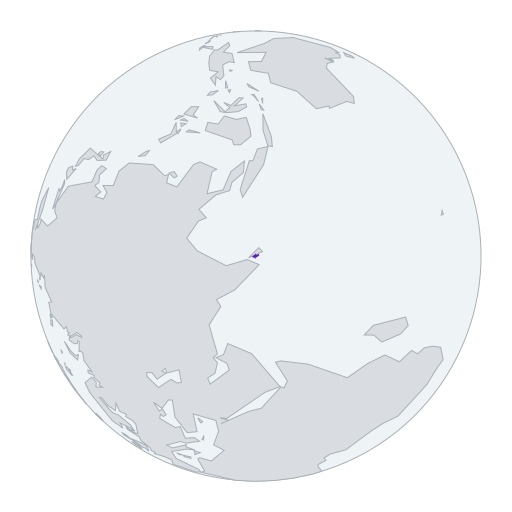 globe centered on Puttalama, rotated 249°
{"feature_id": "LKA-2462", "entity_name": "Puttalama", "entity_type": "District", "adm_level": 1, "iso_a3": "LKA", "parent_name": "Sri Lanka", "parent_adm1": "", "projection": "orthographic", "projection_center": [79.891, 7.922], "detail": "fine", "context": "on_globe", "style": "filled", "palette": "violet", "viewbox_px": 512, "rotation_deg": 249, "n_neighbors": 0, "source": "natural_earth", "source_scale": "10m", "svg_char_len": 9172}
<svg xmlns="http://www.w3.org/2000/svg" viewBox="0 0 512 512"><g transform="rotate(249 256 256)"><circle cx="256" cy="256" r="225" fill="#eef3f6" stroke="#a8b0b8"/><path d="M348.3,50.5L345.4,49.5L349.8,51.5L335.6,45.8L343.0,48.2L342.5,48.0L345.0,49.1L345.3,49.2L345.9,49.4L348.3,50.5ZM328.3,43.2L326.1,42.6L326.6,42.5L328.3,43.2ZM54.1,156.1L73.7,127.4L73.6,131.0L87.3,128.9L88.0,131.0L80.6,140.9L86.1,156.6L94.9,148.7L105.8,158.3L116.8,159.6L131.1,140.8L113.1,138.0L115.8,128.4L134.8,122.6L151.4,126.3L153.0,122.7L147.4,113.5L156.2,108.1L146.0,110.0L146.5,113.8L140.1,115.4L139.3,112.1L142.5,110.1L138.9,107.9L124.9,119.0L123.8,124.2L111.4,124.6L108.4,133.5L103.3,137.0L106.4,123.5L109.9,119.0L111.5,104.8L106.7,109.4L104.8,123.4L103.2,122.0L96.7,129.5L100.4,122.7L103.7,107.2L95.8,108.8L77.1,126.2L74.2,127.1L75.8,122.6L91.3,104.0L95.9,104.3L101.4,98.8L108.0,90.4L108.8,91.5L112.0,88.5L114.4,88.7L125.2,82.4L128.8,82.3L140.1,74.0L143.5,73.2L135.8,78.1L132.4,82.0L142.2,83.5L146.2,82.0L152.8,76.8L154.6,78.3L159.7,73.1L168.8,72.5L162.0,69.3L169.5,64.2L178.8,61.2L180.1,59.2L164.9,64.3L159.9,67.0L157.6,70.1L143.1,78.4L138.2,79.3L148.8,69.3L143.0,70.0L153.8,62.8L188.2,51.8L199.0,51.0L201.8,59.2L195.3,61.6L191.0,59.6L188.4,65.7L191.8,63.1L193.3,64.8L200.9,61.2L202.4,62.2L207.1,57.4L209.8,58.3L206.7,61.4L220.2,57.9L227.6,59.5L229.9,58.3L230.3,56.6L239.4,60.3L240.7,59.4L238.3,57.7L239.3,54.8L244.6,51.5L247.5,52.9L246.0,54.3L247.0,59.9L242.5,64.0L244.2,64.3L248.8,61.2L247.5,54.3L249.9,51.9L251.5,54.8L251.1,53.6L253.2,52.9L258.0,53.8L256.7,50.6L275.9,44.0L287.0,45.9L286.3,48.7L302.7,48.0L313.9,51.7L311.6,49.9L317.9,49.3L314.5,48.1L313.9,47.3L328.5,47.1L334.2,48.8L337.9,48.2L336.7,47.5L332.7,46.1L335.6,45.8L349.8,51.5L351.8,52.7L359.3,56.1L362.7,58.7L369.0,62.9L368.4,64.7L373.5,68.5L375.8,69.5L384.5,76.0L394.1,87.0L375.8,73.5L359.4,59.3L365.2,64.3L360.7,62.1L360.9,63.4L365.2,67.5L367.7,68.5L358.6,72.1L362.9,84.1L370.2,84.1L377.2,88.7L388.4,105.9L384.0,129.4L393.3,138.5L395.6,144.4L391.1,147.6L387.7,139.0L380.9,135.6L379.7,130.7L371.4,134.1L369.3,127.3L363.8,133.9L368.6,139.5L376.7,138.5L372.9,148.0L384.3,158.4L388.3,170.9L378.1,192.8L363.7,199.4L363.4,203.5L356.3,198.8L348.9,206.9L363.7,230.5L364.0,237.4L351.1,250.4L350.4,245.2L331.7,232.6L329.6,249.1L343.9,263.0L348.8,279.2L338.5,274.1L333.3,259.8L326.6,254.9L327.4,240.5L320.0,219.4L309.5,223.3L309.3,214.8L297.5,197.7L281.9,202.9L257.6,224.7L255.9,246.4L246.8,255.8L232.0,224.2L229.5,203.4L221.5,205.1L208.4,187.5L178.4,184.9L176.4,179.6L170.2,181.7L161.4,175.9L159.3,167.2L152.8,167.3L159.1,190.2L166.2,190.3L175.4,182.3L175.6,190.4L184.4,198.3L166.4,216.9L125.5,231.6L125.5,215.3L114.8,170.3L117.3,165.8L117.4,165.2L117.6,164.3L112.5,171.6L112.0,163.1L113.5,193.5L112.0,206.5L124.9,232.5L122.7,234.8L128.0,240.5L149.9,236.1L149.2,241.5L136.4,265.8L109.6,297.7L115.5,321.2L117.4,340.8L105.8,352.1L112.1,367.4L106.8,371.8L109.9,380.3L108.6,388.5L104.6,395.7L92.1,393.5L87.2,385.7L74.7,369.4L55.6,331.0L54.3,314.8L51.5,301.4L42.9,270.4L44.5,254.6L43.2,247.3L40.1,248.0L39.1,239.3L37.6,238.5L31.5,240.2L32.1,230.7L35.2,211.4L39.9,192.4L46.2,173.9L54.1,156.1ZM58.7,149.0L56.5,153.1L58.7,149.0ZM164.9,141.1L177.4,143.3L178.7,130.9L183.7,131.0L182.3,127.0L178.8,130.0L176.5,119.5L184.4,117.0L186.4,112.1L182.3,111.2L168.2,117.8L171.3,132.4L165.5,136.9L164.9,141.1ZM127.3,73.7L125.7,75.6L121.2,78.8L116.7,80.6L123.2,75.9L127.3,73.7ZM124.6,77.8L136.4,68.4L139.6,67.5L135.8,69.5L136.8,69.8L130.9,73.2L122.5,82.3L118.0,85.8L112.1,86.2L116.5,83.8L117.8,81.8L124.6,77.8ZM160.7,52.1L165.8,49.6L166.3,50.5L161.4,52.8L156.6,54.3L159.5,52.5L160.7,52.1ZM235.6,31.6L236.0,31.7L229.0,32.7L232.8,32.3L233.4,32.8L228.0,33.9L227.6,33.4L221.9,35.3L218.1,35.2L217.7,35.5L212.7,36.1L205.8,37.6L205.0,37.5L202.7,38.1L199.3,38.9L195.8,39.8L193.1,40.2L188.6,41.6L189.9,41.0L182.9,43.4L186.8,41.9L182.8,43.1L181.2,43.9L178.2,44.6L196.9,38.6L216.1,34.3L235.6,31.6ZM250.9,30.8L243.8,31.2L238.1,31.6L238.9,31.4L250.9,30.8ZM92.5,127.7L93.7,128.4L96.4,128.5L92.4,133.5L92.5,127.7ZM94.4,117.1L96.1,116.7L91.7,123.2L90.4,122.7L94.4,117.1ZM100.7,111.4L96.5,116.2L98.0,113.3L100.7,111.4ZM137.7,77.8L139.9,77.4L138.7,78.7L135.8,80.4L137.7,77.8ZM210.3,42.0L211.0,41.0L212.6,40.7L218.1,38.5L221.4,38.7L219.3,40.1L210.3,42.0ZM125.9,143.6L120.5,146.9L119.8,144.8L121.8,144.1L125.9,143.6ZM104.0,139.8L107.2,143.0L102.9,141.2L104.0,139.8ZM214.7,41.8L216.7,40.8L217.1,41.6L214.7,41.8ZM224.0,38.8L225.1,39.5L222.4,38.5L224.0,38.8ZM227.7,443.6L231.7,446.0L227.9,446.0L227.7,443.6ZM149.2,340.7L145.4,373.8L136.4,373.1L131.4,362.9L130.6,342.6L139.9,337.7L143.5,328.7L149.2,340.7ZM396.0,316.8L401.2,317.7L400.9,318.8L396.0,316.8ZM390.7,313.3L396.8,313.5L389.4,315.6L390.7,313.3ZM399.2,313.7L405.4,311.6L408.1,309.9L407.5,312.1L399.2,313.7ZM386.4,313.4L362.1,313.2L352.2,310.4L354.8,306.6L370.8,307.6L386.4,313.4ZM354.0,306.5L338.5,295.8L315.6,264.5L323.8,265.1L347.4,284.0L346.0,287.2L355.4,295.7L354.0,306.5ZM390.5,286.7L388.9,296.6L375.7,295.8L369.6,294.2L365.4,281.5L367.8,275.1L372.9,275.3L391.3,253.6L398.0,258.9L392.7,268.0L398.1,276.6L390.5,286.7ZM257.0,248.5L262.8,261.6L257.8,263.7L257.0,248.5ZM397.8,238.6L391.0,248.0L396.8,235.5L397.8,238.6ZM400.6,226.9L401.5,231.6L398.1,227.0L400.6,226.9ZM364.1,209.9L358.8,211.0L358.2,207.7L364.6,204.4L364.1,209.9ZM391.2,181.7L393.0,191.1L392.7,194.3L389.3,188.6L391.2,181.7ZM245.1,46.5L233.8,49.0L227.7,51.9L227.7,54.9L222.9,52.2L232.2,47.7L245.1,46.5ZM271.8,43.9L271.7,42.0L275.0,42.7L275.4,43.2L271.8,43.9ZM269.5,42.9L263.4,41.1L265.5,40.0L269.9,41.6L269.5,42.9ZM238.7,40.2L235.1,40.8L234.8,40.0L238.7,40.2ZM405.3,418.8L410.6,411.5L414.4,410.7L408.3,417.2L405.3,418.8ZM406.2,389.1L369.9,404.2L363.2,402.4L367.8,396.2L367.5,377.5L369.9,377.8L371.9,365.1L395.1,353.2L412.5,331.8L422.1,333.0L431.3,317.6L440.1,318.6L435.6,330.7L442.5,338.5L452.6,311.3L451.4,340.2L452.7,350.5L446.7,368.8L424.2,400.0L416.4,406.2L417.3,403.4L413.4,406.6L410.8,405.4L414.2,395.5L410.2,398.6L416.3,391.0L409.4,397.8L410.3,391.5L406.2,389.1ZM464.5,341.3L464.7,340.6L466.4,335.7L466.3,336.5L464.8,340.6L464.5,341.3ZM471.7,321.0L472.4,318.5L472.1,319.5L471.7,321.0ZM472.6,317.9L473.4,315.0L472.6,317.9L472.6,317.9ZM475.0,302.2L475.5,300.7L475.4,301.9L475.0,302.2ZM408.8,317.8L416.5,310.0L420.2,309.4L408.8,317.8ZM475.2,299.1L474.6,298.8L474.8,297.3L475.2,299.1ZM475.8,295.4L476.0,293.3L475.6,298.4L475.8,295.4ZM474.9,290.6L475.4,294.4L474.8,291.1L474.9,290.6ZM474.3,291.1L473.6,289.4L473.7,288.8L474.3,291.1ZM462.1,294.1L465.1,307.0L461.7,306.7L458.1,298.7L453.6,306.2L444.4,305.0L447.1,300.4L446.3,293.3L435.7,290.6L433.5,286.0L437.7,282.9L430.1,279.3L438.5,277.2L441.5,286.6L446.0,279.3L453.0,281.1L459.2,284.3L463.3,291.3L462.1,294.1ZM437.7,297.9L439.1,297.9L437.7,300.8L437.7,297.9ZM472.3,284.2L473.3,288.8L473.0,290.0L472.5,289.2L472.3,284.2ZM464.4,289.7L469.3,282.0L470.2,282.1L466.9,290.9L464.4,289.7ZM468.5,276.9L470.3,278.0L471.1,282.4L470.6,283.6L468.5,276.9ZM420.8,289.3L420.4,291.9L418.1,289.9L420.8,289.3ZM423.9,287.7L430.5,290.5L423.1,289.9L423.9,287.7ZM401.7,278.8L403.9,284.9L410.9,280.9L405.5,286.6L409.9,296.7L408.1,300.6L403.9,289.6L401.7,301.0L398.6,300.8L397.2,291.1L400.6,279.2L403.7,274.3L416.2,272.3L401.7,278.8ZM423.9,280.2L422.1,273.0L423.4,268.3L425.5,272.0L423.9,280.2ZM415.9,256.0L410.2,247.8L405.6,250.9L414.4,239.6L418.5,249.2L415.9,256.0ZM410.2,238.1L406.0,240.9L410.0,234.4L410.2,238.1ZM404.6,238.2L403.5,232.6L407.2,233.4L404.6,238.2ZM412.6,238.4L412.4,228.9L414.8,234.5L412.6,238.4ZM400.4,220.2L409.3,229.3L398.7,225.4L395.7,207.5L400.0,207.0L400.4,220.2ZM407.6,151.1L405.1,146.5L408.2,145.6L409.1,149.0L407.6,151.1ZM416.1,140.1L408.3,143.9L401.5,147.8L404.9,150.0L405.6,157.8L399.2,150.4L402.1,142.0L407.6,140.6L406.0,134.3L408.6,130.3L404.2,122.7L404.5,119.6L410.2,126.3L416.1,140.1ZM402.1,119.5L395.4,106.9L402.4,109.2L405.5,112.4L405.6,117.1L401.9,115.6L402.1,119.5ZM395.8,104.7L392.2,103.3L374.6,85.9L372.7,82.9L389.8,96.4L387.2,95.9L390.3,100.1L395.8,104.7ZM328.1,43.4L326.3,42.7L328.8,43.5L328.1,43.4ZM311.8,46.6L311.4,45.7L314.3,46.4L311.8,46.6ZM311.8,43.6L308.8,43.5L310.8,43.0L311.8,43.6ZM302.2,43.6L307.0,43.2L304.1,44.5L302.2,43.6Z" fill="#d9dde1" stroke="#a8b0b8" stroke-width="1"/><path d="M255.8,258.5L255.6,257.3L255.6,257.2L255.6,257.3L255.6,257.2L255.6,256.9L255.6,256.7L255.5,256.3L255.5,256.2L255.4,256.1L255.4,255.9L255.2,255.3L255.2,255.2L255.3,255.2L255.3,254.9L255.2,254.8L255.3,254.8L255.4,254.7L255.6,254.3L255.5,254.5L255.4,254.6L255.5,254.7L255.5,254.8L255.4,254.9L255.4,255.0L255.4,255.3L255.4,255.5L255.5,255.5L255.4,255.6L255.5,255.7L255.8,255.7L255.7,255.6L255.6,255.4L255.8,255.2L255.7,255.1L255.7,254.9L255.7,254.7L255.8,254.6L255.8,254.4L255.8,254.0L255.9,253.9L255.9,253.7L256.0,253.5L256.1,253.4L256.1,253.5L256.3,253.5L256.5,253.6L256.6,253.8L256.4,254.0L256.2,254.2L256.3,254.3L256.4,254.7L256.4,254.8L256.5,254.8L256.8,254.9L256.8,255.0L256.9,255.3L257.0,255.4L257.0,255.5L257.0,255.8L256.9,255.8L257.0,255.9L256.9,255.9L256.8,256.0L256.7,256.0L256.6,256.3L256.4,256.5L256.4,256.8L256.2,256.8L256.3,256.9L256.2,257.0L256.0,257.3L256.0,257.5L256.2,258.3L256.2,258.5L255.9,258.5L255.8,258.5Z" fill="#8b5cf6" stroke="#5b21b6" stroke-width="1.5"/></g></svg>